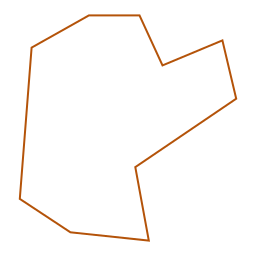 SVG path tracing the border of Jekabpils
{"feature_id": "LVA-1085", "entity_name": "Jekabpils", "entity_type": "Republican City", "adm_level": 1, "iso_a3": "LVA", "parent_name": "Latvia", "parent_adm1": "", "projection": "orthographic", "projection_center": [25.867, 56.506], "detail": "fine", "context": "isolated", "style": "outline", "palette": "amber", "viewbox_px": 256, "rotation_deg": 0, "n_neighbors": 0, "source": "natural_earth", "source_scale": "10m", "svg_char_len": 248}
<svg xmlns="http://www.w3.org/2000/svg" viewBox="0 0 256 256"><path d="M19.8,198.9L31.6,47.6L88.9,15.4L139.5,15.4L162.5,65.4L222.4,40.4L236.2,98.7L135.3,167.1L148.8,240.6L70.4,232.3L19.8,198.9Z" fill="none" stroke="#b45309" stroke-width="2"/></svg>